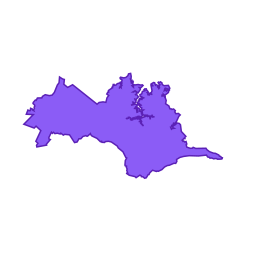 outline of Howick Local Board Area, Auckland, New Zealand, rotated 115°
{"feature_id": "76426892B48866186202191", "entity_name": "Howick Local Board Area", "entity_type": "district", "adm_level": 2, "iso_a3": "NZL", "parent_name": "New Zealand", "parent_adm1": "Auckland", "projection": "orthographic", "projection_center": [174.896, -36.924], "detail": "fine", "context": "isolated", "style": "filled", "palette": "violet", "viewbox_px": 256, "rotation_deg": 115, "n_neighbors": 0, "source": "geoboundaries", "source_scale": "gbopen_adm2", "svg_char_len": 5842}
<svg xmlns="http://www.w3.org/2000/svg" viewBox="0 0 256 256"><g transform="rotate(115 128 128)"><path d="M147.7,137.2L148.9,130.1L150.2,128.4L151.7,122.5L155.6,117.6L155.7,116.5L158.6,116.7L162.9,115.1L163.5,114.4L163.2,113.2L164.3,112.9L165.6,111.4L166.8,111.3L169.2,109.0L169.7,110.6L170.3,106.9L169.1,101.1L169.6,99.7L165.7,97.3L165.7,96.0L166.5,95.3L165.9,93.9L166.5,91.7L165.4,90.4L161.7,90.0L161.3,89.3L159.3,89.3L155.9,87.9L155.4,83.9L154.8,83.6L154.4,82.2L151.4,79.7L147.9,78.4L145.4,76.5L144.2,74.7L140.6,71.5L139.9,69.8L137.6,69.6L136.0,70.7L132.7,68.5L130.2,65.5L127.2,60.8L123.6,52.4L119.4,45.4L120.6,43.6L120.2,41.7L120.7,41.0L119.8,39.4L119.7,37.1L119.0,36.4L118.3,34.7L118.5,33.9L116.9,30.5L116.1,29.7L115.1,29.9L115.3,30.7L114.6,32.1L114.9,33.2L114.1,34.3L114.0,38.0L114.7,40.0L115.0,44.2L114.3,47.3L113.4,48.8L117.9,58.0L118.0,60.8L119.1,61.1L120.1,63.0L120.5,66.6L118.6,68.2L117.7,67.9L115.7,69.7L116.7,70.6L116.2,72.0L116.9,72.5L116.2,73.8L113.6,72.7L113.6,71.2L113.5,72.8L111.1,72.0L108.6,78.2L102.9,81.8L102.2,83.5L102.8,85.8L105.0,86.5L107.2,88.1L108.7,87.5L108.8,86.1L109.8,87.7L110.7,88.1L109.2,89.8L108.3,88.7L107.5,88.8L107.2,90.0L107.0,89.1L105.0,88.2L104.2,89.3L104.4,87.7L101.6,86.8L96.0,86.9L94.1,86.2L93.5,88.5L94.8,90.7L93.7,92.4L92.3,92.4L91.5,94.7L92.6,96.0L92.3,96.5L92.9,98.1L90.7,100.3L90.1,104.2L86.9,105.0L84.9,107.0L83.7,107.6L84.0,110.0L84.7,110.6L83.9,111.1L83.4,110.2L82.4,110.5L83.0,109.6L82.6,109.0L83.6,108.3L82.3,108.2L78.8,106.4L76.6,106.8L76.3,107.9L76.3,108.4L76.6,107.3L77.4,109.0L78.2,108.7L78.1,110.2L78.9,110.9L77.2,111.2L76.8,109.8L76.5,111.1L76.1,111.1L75.5,106.8L74.3,106.9L72.3,109.4L74.3,113.0L74.4,114.0L73.8,115.7L72.8,116.2L72.4,118.0L73.3,118.4L73.4,119.7L74.0,120.0L75.4,118.0L75.3,117.4L77.3,117.3L78.2,116.4L79.3,116.7L78.1,118.3L78.6,119.1L77.5,118.4L76.9,118.7L76.8,120.8L77.6,121.2L75.7,123.0L76.0,124.1L78.4,125.7L79.0,125.5L78.5,124.8L79.1,124.4L79.0,123.8L79.2,123.4L80.3,124.7L84.0,122.0L86.0,121.8L86.7,122.5L87.4,121.4L87.2,120.2L87.5,120.6L87.6,123.0L88.2,123.3L88.6,122.0L88.7,123.0L89.1,122.8L89.8,122.9L89.2,123.1L89.4,124.1L88.3,124.4L87.8,125.6L87.1,124.7L86.4,125.4L85.6,127.3L84.8,127.9L85.4,129.3L86.6,129.7L87.0,128.4L88.8,130.4L91.3,130.0L92.7,131.3L94.1,130.4L93.8,129.1L94.7,128.0L94.0,128.0L94.1,126.6L95.4,127.7L96.2,127.4L96.5,128.1L95.4,128.8L96.0,129.7L97.2,130.1L97.3,129.4L98.0,129.3L99.2,130.1L99.5,129.4L101.1,130.3L102.1,129.2L103.2,129.3L101.1,128.2L101.3,127.7L101.6,128.4L102.7,128.0L102.5,126.8L101.7,126.1L101.8,125.7L103.3,126.6L104.0,125.5L103.9,124.1L106.0,123.5L105.8,122.4L105.2,122.0L105.1,121.6L106.5,122.5L109.5,120.5L109.6,119.0L108.2,115.8L108.7,115.6L108.0,113.1L107.1,111.7L105.6,111.5L107.5,111.2L106.6,108.7L107.9,110.7L107.6,111.8L108.1,113.1L108.9,112.4L110.8,111.4L108.5,113.4L108.6,114.6L109.4,115.2L109.0,116.4L109.9,118.4L110.5,118.3L110.4,118.0L110.5,117.4L113.8,120.5L113.4,122.9L114.5,122.3L114.9,120.3L116.4,118.3L118.0,118.3L119.1,115.7L119.4,115.4L119.5,115.5L118.3,118.6L117.2,118.6L117.1,119.9L117.7,121.0L117.0,120.1L116.8,119.1L115.1,120.7L115.3,122.9L116.4,123.4L115.3,123.1L114.9,124.2L116.3,124.6L117.3,126.3L117.2,127.5L118.6,127.2L119.4,128.2L119.4,129.2L118.0,130.1L117.8,131.5L118.4,132.2L119.0,131.8L120.0,132.8L119.9,133.3L120.1,133.5L120.0,134.0L119.9,133.2L120.0,132.8L119.2,131.9L118.3,132.3L117.7,131.5L117.8,130.1L119.2,128.9L119.1,128.3L117.2,128.2L116.7,126.4L115.6,127.4L116.2,126.4L116.0,124.9L114.6,125.3L114.3,123.5L112.9,124.5L113.7,123.7L112.7,123.0L112.6,120.8L110.3,120.1L109.5,121.7L107.6,122.8L107.9,124.9L106.8,124.6L105.8,125.6L105.5,127.4L106.4,128.2L106.8,127.3L107.9,127.1L107.7,126.2L108.4,127.0L109.6,126.0L110.0,126.5L106.8,128.6L107.4,130.2L106.3,130.0L106.0,129.3L105.4,129.7L105.1,128.8L103.2,129.5L103.8,129.7L103.2,130.8L103.5,131.8L106.1,134.8L103.5,133.2L102.1,135.2L103.1,132.6L101.0,131.9L99.4,132.4L99.5,133.3L98.4,134.7L99.2,133.4L99.0,132.7L95.4,131.7L94.0,134.3L95.1,135.7L93.2,134.6L92.0,135.1L91.7,137.3L93.0,138.2L93.2,138.7L91.2,137.3L91.9,133.7L87.8,133.1L87.0,133.6L86.5,134.9L85.8,133.2L83.1,132.3L82.8,133.2L83.7,134.6L84.3,137.2L86.1,140.0L86.3,141.5L88.5,140.4L88.2,141.0L89.1,141.4L87.8,141.4L87.8,142.3L86.9,141.8L85.5,142.5L86.1,142.7L84.0,142.7L83.5,143.3L84.4,143.8L86.5,143.9L85.4,144.0L85.0,144.7L85.3,145.1L84.3,144.6L84.5,144.6L85.0,144.2L83.1,144.7L83.6,145.5L82.5,146.6L82.0,146.1L79.7,147.0L77.4,148.7L78.7,150.4L80.6,150.2L83.1,151.3L84.4,153.1L85.1,156.2L86.0,156.4L86.8,155.5L86.6,154.6L87.1,153.6L88.9,153.3L89.8,154.3L90.7,153.7L90.1,152.5L91.3,152.5L91.9,151.5L93.4,151.9L94.0,151.5L93.7,152.2L96.0,152.7L93.6,152.7L92.8,151.9L91.2,153.2L90.7,154.6L92.4,156.5L94.2,157.1L95.1,158.4L94.4,159.0L94.8,159.8L97.8,159.1L97.7,159.6L98.9,159.6L102.1,161.5L103.1,161.5L103.5,160.7L104.7,161.5L106.2,161.6L106.7,159.2L109.5,159.8L114.1,158.9L114.9,161.7L117.1,165.0L119.5,166.1L112.2,196.5L116.7,199.8L115.5,204.6L110.9,206.2L111.2,208.0L110.7,211.6L116.2,209.6L118.9,210.2L126.9,209.8L130.3,210.7L131.9,213.0L132.8,217.1L135.5,218.9L137.1,218.8L139.1,222.8L141.7,222.9L141.8,223.8L144.9,224.7L146.0,224.4L146.5,222.6L147.6,221.7L148.8,221.9L149.7,221.1L151.7,221.3L152.1,220.8L152.0,222.3L151.2,222.9L151.3,224.6L153.6,224.0L154.1,224.9L154.0,226.3L158.5,226.0L155.9,219.5L168.6,224.0L167.7,213.0L165.2,212.1L167.2,205.9L179.0,205.9L179.9,203.2L182.3,203.6L183.7,202.6L177.9,194.5L177.1,195.1L171.3,193.5L171.4,194.9L170.1,195.7L164.2,195.6L164.8,194.3L163.4,193.7L164.0,191.9L162.6,189.9L162.1,186.9L161.1,186.7L161.8,183.6L160.5,182.7L158.9,178.1L163.8,170.3L162.2,168.2L158.5,167.9L157.7,166.2L154.8,165.3L152.7,163.0L152.9,162.3L152.5,161.2L149.0,159.7L149.7,159.2L150.5,157.3L150.5,151.7L152.1,147.2L151.2,146.3L152.0,145.6L151.0,143.1L149.9,142.8L148.3,140.1L147.7,137.2Z" fill="#8b5cf6" stroke="#5b21b6" stroke-width="1.5"/></g></svg>